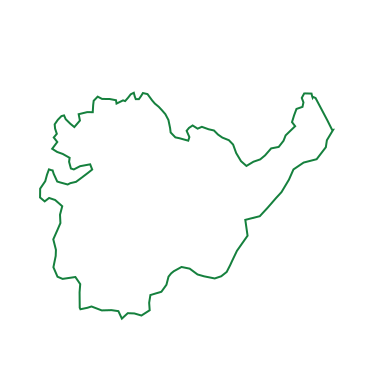 Kios, Paphos, Cyprus (Robinson projection), rotated 349°
{"feature_id": "46923920B64078224121545", "entity_name": "Kios", "entity_type": "district", "adm_level": 2, "iso_a3": "CYP", "parent_name": "Cyprus", "parent_adm1": "Paphos", "projection": "robinson", "projection_center": [32.529, 34.971], "detail": "fine", "context": "isolated", "style": "outline", "palette": "green", "viewbox_px": 384, "rotation_deg": 349, "n_neighbors": 0, "source": "geoboundaries", "source_scale": "gbopen_adm2", "svg_char_len": 2080}
<svg xmlns="http://www.w3.org/2000/svg" viewBox="0 0 384 384"><g transform="rotate(349 192 192)"><path d="M320.9,116.7L317.7,120.6L318.5,125.3L316.7,129.5L310.4,130.4L306.8,136.3L303.5,142.5L305.8,147.1L299.9,150.9L294.7,154.3L291.6,159.2L285.7,164.3L278.0,164.3L270.7,170.0L265.2,173.0L258.1,174.0L250.4,176.8L246.0,171.1L242.8,162.2L241.4,153.3L238.1,148.2L232.2,144.4L228.5,140.6L225.3,135.8L220.3,133.6L214.1,129.9L209.6,130.9L205.3,126.8L201.3,128.5L198.4,130.9L199.9,137.6L198.1,140.9L190.1,136.9L186.1,135.2L182.4,129.5L182.7,125.0L182.6,116.8L180.7,110.5L178.1,106.0L175.6,102.0L172.4,98.1L170.4,94.6L167.0,87.4L162.7,85.5L160.3,88.1L157.6,90.7L154.5,90.1L154.0,87.1L153.8,83.5L150.5,84.4L147.3,87.2L143.7,90.0L141.8,88.9L134.8,90.8L134.9,87.4L128.9,85.0L121.5,83.5L117.6,80.4L112.9,83.7L111.6,87.7L109.8,94.7L104.2,93.6L95.6,94.0L95.6,100.5L88.9,105.8L85.6,101.8L81.9,96.4L81.0,92.4L78.3,92.6L74.1,95.5L70.1,99.4L69.7,103.6L70.4,109.1L66.7,112.1L69.3,117.2L63.0,122.9L67.2,126.9L72.4,130.0L78.4,135.1L77.1,138.9L77.6,145.8L80.3,147.3L87.1,145.3L97.3,145.4L98.3,150.9L93.5,153.4L84.5,157.8L80.1,159.9L74.3,160.1L71.4,160.9L64.3,157.4L61.7,156.0L59.7,147.8L59.3,144.2L58.4,143.9L55.9,142.5L53.0,147.3L50.0,153.4L43.6,159.7L41.8,168.4L45.6,173.1L50.6,170.6L56.1,173.7L61.9,181.2L58.1,189.1L56.9,197.4L52.6,203.7L46.8,212.0L47.4,222.8L46.0,228.8L41.6,239.4L43.8,249.5L48.4,252.6L61.3,253.2L64.7,261.1L62.5,269.0L59.7,284.2L60.1,285.8L67.2,285.7L71.5,285.2L80.8,291.0L90.4,292.6L97.0,294.9L99.0,302.9L105.8,298.7L112.2,300.2L118.8,303.6L127.9,300.0L128.8,292.6L131.5,285.2L142.9,284.1L149.2,278.2L152.8,270.6L156.0,267.9L159.0,266.3L167.4,263.6L175.1,266.8L181.7,274.0L187.8,277.1L197.8,281.2L204.6,280.3L210.8,277.1L215.5,271.1L218.3,267.2L224.9,258.3L238.2,245.5L239.0,229.5L253.9,228.7L263.2,221.9L273.3,214.0L279.8,209.2L289.5,198.4L295.9,189.2L307.2,184.4L320.6,183.6L331.9,173.6L334.3,166.9L342.4,157.9L341.4,157.8L338.6,147.7L331.2,123.3L328.9,121.7L328.4,122.4L328.2,121.0L328.1,118.2L322.3,116.9L320.9,116.7Z" fill="none" stroke="#15803d" stroke-width="2"/></g></svg>